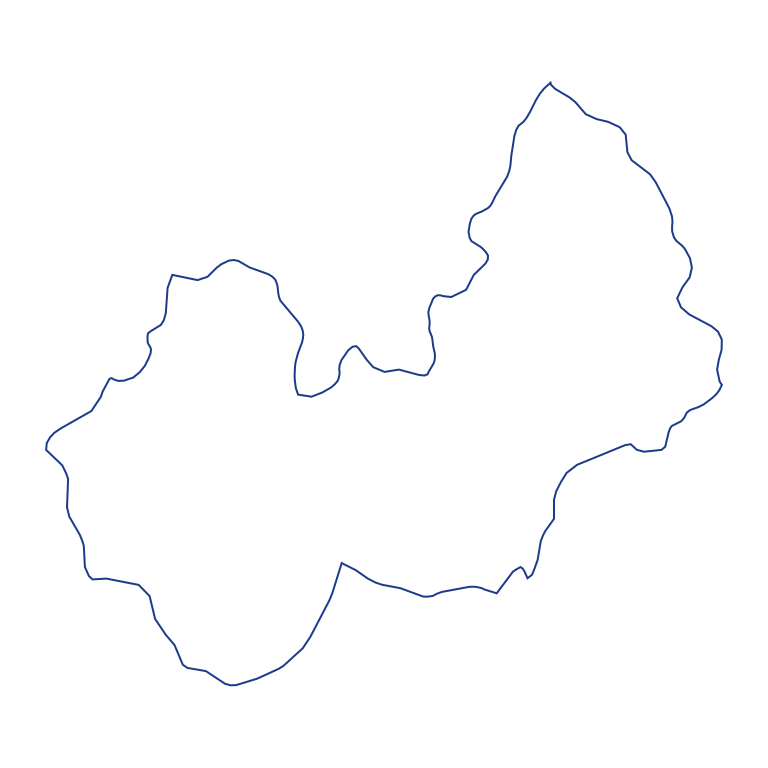 the border of Nuristan
{"feature_id": "AFG-1761", "entity_name": "Nuristan", "entity_type": "Province", "adm_level": 1, "iso_a3": "AFG", "parent_name": "Afghanistan", "parent_adm1": "", "projection": "equal_earth", "projection_center": [70.816, 35.467], "detail": "fine", "context": "isolated", "style": "outline", "palette": "blue", "viewbox_px": 768, "rotation_deg": 0, "n_neighbors": 0, "source": "natural_earth", "source_scale": "10m", "svg_char_len": 3186}
<svg xmlns="http://www.w3.org/2000/svg" viewBox="0 0 768 768"><path d="M550.5,82.7L550.9,84.7L555.3,89.0L569.8,97.6L575.5,102.3L585.8,114.2L596.6,119.1L608.0,121.8L619.7,127.2L625.7,134.7L627.4,152.2L631.7,160.3L650.1,174.3L655.8,182.4L669.4,208.5L672.0,216.4L672.5,221.7L672.1,226.3L672.1,231.1L673.9,237.2L676.3,240.8L682.3,245.9L684.9,248.9L690.0,258.3L691.9,267.7L689.6,277.4L682.3,287.6L677.2,298.3L681.0,307.3L689.2,314.4L711.4,326.2L718.0,331.6L721.8,339.5L721.6,349.8L718.9,359.4L717.1,369.6L719.6,381.4L721.9,385.0L719.1,390.5L716.4,394.1L712.4,397.9L703.7,404.4L698.6,407.0L690.2,410.0L686.9,412.5L684.1,417.9L681.3,421.2L671.9,425.9L670.1,428.4L668.7,432.1L665.2,446.8L661.4,449.9L644.0,451.7L636.8,449.8L630.7,444.2L625.2,445.1L577.1,464.8L566.6,472.9L561.0,481.9L556.3,491.0L554.0,499.7L554.0,518.8L545.3,531.0L543.2,535.0L540.8,541.0L537.6,560.0L533.8,570.6L531.8,575.0L527.5,578.2L524.3,571.0L522.6,568.5L520.5,567.1L516.6,569.2L513.0,571.6L496.7,593.3L484.5,589.5L481.3,588.0L475.6,586.8L469.4,586.8L442.0,591.9L437.2,593.6L432.6,596.0L427.0,596.7L423.0,596.5L400.4,588.2L381.9,584.7L375.4,582.5L367.7,578.5L355.7,570.1L341.7,563.1L332.3,593.2L329.4,600.3L310.3,636.9L302.7,648.3L283.4,665.9L278.7,668.8L257.3,678.6L236.2,685.1L230.4,685.3L224.9,683.7L205.9,671.1L187.4,667.9L182.8,664.7L174.5,645.0L165.7,634.7L155.1,618.9L149.6,596.1L138.7,584.9L106.4,578.6L92.5,579.4L88.9,576.0L84.9,567.0L83.8,545.9L82.2,540.6L79.8,534.8L69.3,516.6L67.0,507.3L68.1,478.9L66.2,473.5L62.3,465.4L46.1,449.9L46.8,443.0L50.1,437.3L54.3,432.8L61.3,428.1L91.4,411.0L100.8,396.9L102.7,391.4L109.6,378.7L111.7,378.2L114.0,379.5L118.1,380.9L123.8,380.7L133.2,377.6L139.8,372.1L144.8,365.9L148.4,358.9L150.6,353.2L151.0,349.3L150.1,346.7L148.6,344.5L147.6,342.1L147.5,336.0L148.1,333.2L150.8,331.1L160.8,325.0L163.9,320.1L165.8,313.1L167.6,287.9L172.3,274.9L197.6,280.1L207.5,276.8L217.1,267.3L221.5,264.1L228.9,260.6L233.8,260.0L238.5,261.0L249.7,267.5L268.3,274.2L272.4,276.7L275.2,279.6L276.5,282.6L277.5,286.0L278.3,293.4L279.0,297.0L280.4,300.7L298.0,321.6L301.0,326.2L302.6,330.2L303.3,334.5L302.9,338.5L302.1,342.2L298.0,353.1L295.6,362.1L295.0,366.7L294.6,375.5L294.8,380.1L295.8,387.9L298.1,394.6L311.5,396.7L322.3,392.5L330.9,387.6L334.9,384.2L337.7,380.8L338.8,377.9L339.4,375.1L339.6,372.4L339.2,369.7L339.6,365.2L341.4,360.2L348.3,350.2L352.5,346.8L356.1,346.1L358.7,348.4L366.9,360.0L373.3,367.2L384.5,371.9L398.9,369.6L419.2,375.0L424.5,375.5L427.6,374.3L428.6,371.9L433.5,363.6L434.5,360.7L435.0,357.2L434.8,353.4L433.2,346.3L432.4,339.7L431.9,336.7L429.6,331.1L429.2,328.4L429.7,322.5L429.4,319.4L428.7,315.7L428.3,312.3L429.4,307.8L433.1,298.7L435.4,296.3L438.0,295.2L440.7,295.4L443.6,296.2L451.3,297.0L466.1,289.8L473.8,274.9L485.5,263.5L487.8,259.5L488.0,255.6L486.1,252.4L483.6,249.6L480.8,247.0L471.5,241.2L469.7,237.9L468.5,231.9L469.9,223.6L471.4,218.8L473.6,215.6L476.0,213.9L482.0,211.4L487.9,208.1L490.2,206.0L492.0,203.1L495.5,195.9L507.2,176.6L509.2,171.1L510.4,165.7L511.3,155.8L514.4,136.0L516.2,130.0L518.4,125.9L523.7,121.6L526.8,117.5L530.1,111.8L535.9,100.2L539.8,93.8L544.3,88.3L550.5,82.7L550.5,82.7Z" fill="none" stroke="#1e3a8a" stroke-width="2"/></svg>